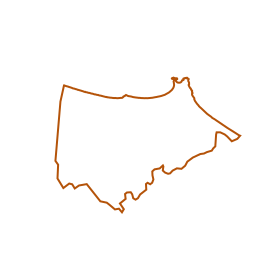 La Paloma, Rocha, Uruguay, rotated 235°
{"feature_id": "84410073B66166810311387", "entity_name": "La Paloma", "entity_type": "district", "adm_level": 2, "iso_a3": "URY", "parent_name": "Uruguay", "parent_adm1": "Rocha", "projection": "robinson", "projection_center": [-54.156, -34.573], "detail": "fine", "context": "isolated", "style": "outline", "palette": "amber", "viewbox_px": 256, "rotation_deg": 235, "n_neighbors": 0, "source": "geoboundaries", "source_scale": "gbopen_adm2", "svg_char_len": 4456}
<svg xmlns="http://www.w3.org/2000/svg" viewBox="0 0 256 256"><g transform="rotate(235 128 128)"><path d="M57.4,215.4L58.5,214.7L62.7,213.0L71.2,209.4L85.9,203.8L88.0,202.8L89.4,202.6L92.2,201.6L94.3,200.9L102.6,199.2L103.7,198.9L104.3,198.8L104.8,198.7L105.3,198.6L105.8,198.7L106.3,198.7L107.1,198.5L107.7,198.5L108.4,198.4L109.2,198.4L110.3,198.4L111.1,198.4L111.9,198.4L112.7,198.6L113.4,198.7L113.9,199.1L114.4,199.4L114.7,199.4L115.1,199.4L115.7,199.4L116.2,199.4L116.7,199.4L117.3,199.4L117.8,199.4L118.5,199.6L118.9,199.8L119.3,200.1L119.3,200.4L119.4,200.7L119.6,200.9L120.1,201.0L120.3,201.0L120.6,201.0L120.9,201.1L121.2,201.3L121.3,201.6L121.5,201.8L121.8,201.9L122.1,201.9L122.3,201.9L122.7,201.7L123.0,201.7L124.1,202.0L124.4,201.9L124.6,202.0L125.0,201.8L125.4,201.9L126.0,201.9L126.5,201.9L127.0,202.0L127.5,202.1L128.1,202.2L128.3,202.5L128.6,202.6L128.6,202.9L128.9,203.3L129.4,203.5L129.7,203.7L130.1,204.0L130.5,204.1L130.9,204.2L131.4,204.2L131.9,204.3L132.2,204.5L132.5,204.7L132.8,205.0L133.0,205.4L133.2,205.7L133.7,205.4L133.9,205.3L134.3,205.4L134.6,205.3L134.8,205.1L135.0,205.3L135.3,205.2L135.6,204.6L135.4,204.5L135.3,204.2L135.5,204.0L135.8,203.9L136.1,203.6L136.2,203.4L136.3,203.2L136.3,202.9L136.3,202.6L136.5,202.2L136.7,201.9L136.7,201.7L136.4,201.4L136.2,201.3L135.9,201.3L135.7,201.3L135.6,201.2L135.6,200.9L135.6,200.7L135.7,200.2L135.9,199.9L136.0,199.7L135.8,199.3L135.5,198.7L135.2,198.1L135.2,197.3L135.4,196.5L135.9,195.7L136.3,195.2L136.7,194.8L137.2,194.5L137.9,194.3L138.5,194.2L139.1,194.2L139.4,194.2L139.7,194.4L139.8,194.4L140.0,194.6L140.0,194.8L140.1,195.1L140.0,195.5L139.9,195.7L139.8,196.1L139.8,196.3L140.0,196.5L140.4,196.6L140.6,196.6L140.9,196.3L141.3,195.8L141.5,195.4L141.7,195.2L141.9,195.0L142.2,194.8L142.4,194.6L142.6,194.5L142.5,194.4L142.5,194.2L142.8,194.0L143.0,193.9L143.2,193.7L143.3,193.5L143.3,193.4L143.4,193.2L143.5,193.1L143.5,192.9L143.5,192.7L143.5,192.4L143.4,192.3L143.1,192.3L143.0,192.5L142.7,192.6L142.4,192.8L142.4,193.0L142.2,193.3L142.0,193.5L141.9,193.6L141.5,193.5L141.1,193.3L140.7,193.1L139.9,192.0L139.6,191.9L139.4,191.8L139.2,191.7L137.4,190.8L137.2,190.7L136.4,190.1L135.7,189.3L135.1,188.5L134.6,187.5L134.3,186.5L134.1,186.2L133.9,184.9L133.8,183.8L133.6,182.2L133.7,181.4L133.7,180.8L133.9,179.2L134.1,177.1L134.7,175.2L135.1,173.8L135.6,172.5L136.7,170.0L137.0,169.2L137.7,167.8L138.8,165.3L140.4,162.5L140.9,161.6L141.5,160.7L142.1,159.9L142.5,159.3L143.1,158.4L143.9,157.4L145.1,155.8L145.3,155.6L145.5,155.4L145.8,155.1L146.4,154.2L146.9,153.7L148.6,151.8L150.4,149.9L150.7,149.7L151.0,149.4L151.7,148.9L152.0,148.6L152.8,147.8L153.1,147.5L153.6,146.9L153.8,146.8L154.2,146.4L154.5,146.2L155.5,145.7L156.2,145.3L156.2,144.8L156.1,144.5L156.2,144.2L156.1,143.7L156.3,143.4L156.2,142.8L156.4,142.2L156.2,141.8L156.1,141.7L156.1,141.3L156.1,141.1L156.0,140.8L156.2,140.3L156.6,139.6L156.8,139.4L156.9,139.2L158.4,136.5L158.9,136.0L159.2,135.5L159.9,134.8L160.0,134.5L160.3,134.2L160.5,133.7L160.9,133.4L161.2,132.9L162.1,132.0L163.5,130.3L164.1,129.8L164.7,129.0L165.0,128.8L165.2,128.6L165.6,128.4L165.7,128.0L167.9,126.1L168.6,125.5L169.0,125.2L169.5,124.7L170.0,124.4L170.7,123.6L171.0,123.3L171.5,122.9L172.2,122.5L172.8,121.7L173.2,121.4L173.6,121.0L174.2,120.6L174.7,119.9L176.5,118.6L177.3,117.7L178.7,116.7L179.7,115.6L180.3,115.2L180.7,114.9L181.1,114.5L181.5,114.0L181.9,113.8L182.3,113.6L182.5,113.1L184.2,112.0L184.6,111.6L185.2,111.2L186.3,110.3L186.8,109.9L187.7,109.2L188.0,108.8L188.4,108.6L189.3,108.0L189.9,107.4L190.8,106.8L191.1,106.5L191.4,106.3L191.9,105.7L193.1,105.0L194.2,104.2L195.1,103.5L195.6,103.1L196.1,102.8L196.7,102.3L198.0,101.2L199.0,100.5L199.2,100.4L199.4,100.3L199.6,100.0L188.4,87.8L142.7,49.7L138.0,49.7L127.1,41.3L115.9,40.6L116.2,48.0L113.9,50.0L109.0,49.7L109.0,54.9L105.7,62.0L83.8,63.3L79.0,67.8L75.3,68.9L68.8,70.6L67.1,74.3L62.4,74.7L63.9,78.0L70.8,78.1L71.3,85.4L75.6,87.7L75.8,90.1L73.8,93.4L71.3,93.4L67.4,92.0L65.0,93.1L64.8,95.8L66.6,99.8L67.0,107.6L71.8,110.6L71.9,112.6L69.2,113.9L69.3,116.4L71.3,119.3L75.2,120.9L78.5,123.0L78.9,126.0L77.3,129.5L76.7,130.7L77.3,135.1L76.2,134.9L73.2,132.1L70.2,132.8L67.5,134.6L66.7,136.5L67.5,140.1L66.9,144.9L63.9,148.4L64.3,153.2L66.4,157.3L66.6,164.2L65.2,172.3L63.5,175.6L63.0,178.8L61.4,183.6L62.4,186.1L62.9,189.0L72.2,196.5L73.6,198.1L71.5,201.1L67.3,203.5L64.2,204.4L57.6,205.4L56.4,211.3L57.4,215.4Z" fill="none" stroke="#b45309" stroke-width="2"/></g></svg>